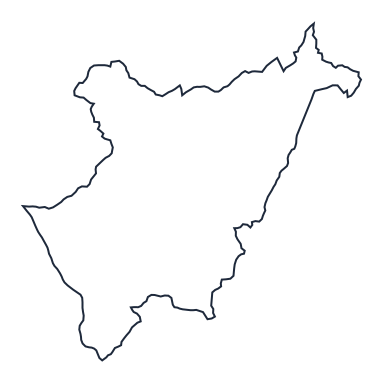 the district of Jaú, São Paulo, Brazil
{"feature_id": "56859067B42546306526915", "entity_name": "Jaú", "entity_type": "district", "adm_level": 2, "iso_a3": "BRA", "parent_name": "Brazil", "parent_adm1": "São Paulo", "projection": "orthographic", "projection_center": [-48.547, -22.301], "detail": "fine", "context": "isolated", "style": "outline", "palette": "slate", "viewbox_px": 384, "rotation_deg": 0, "n_neighbors": 0, "source": "geoboundaries", "source_scale": "gbopen_adm2", "svg_char_len": 3875}
<svg xmlns="http://www.w3.org/2000/svg" viewBox="0 0 384 384"><path d="M74.2,91.0L74.6,95.3L79.9,97.3L83.6,97.6L86.6,100.2L90.4,103.1L93.8,103.7L91.8,106.6L90.7,109.1L91.2,111.7L92.3,114.5L93.9,117.7L94.2,121.8L99.0,122.2L99.6,125.4L97.9,129.0L100.3,130.8L103.4,133.6L102.0,136.5L104.6,138.6L107.1,139.4L110.3,140.3L111.5,144.1L112.8,147.4L112.2,150.4L111.7,153.3L109.2,155.9L105.6,157.8L103.0,160.1L96.1,166.7L95.6,169.3L96.0,173.4L91.1,179.5L89.6,184.1L87.0,186.7L81.9,186.4L78.1,188.3L75.7,191.9L71.5,195.8L67.3,196.9L63.6,199.4L61.2,202.0L57.1,204.8L53.0,207.4L48.8,208.7L44.8,207.0L39.2,207.7L36.0,206.7L32.7,206.4L29.0,206.6L23.0,206.1L26.7,210.8L29.9,214.6L31.7,217.2L33.7,221.9L35.3,225.7L37.1,229.7L38.3,232.1L40.2,235.0L41.9,237.4L43.7,240.7L46.0,244.8L47.5,247.7L48.3,250.5L49.0,253.7L51.3,258.2L52.9,263.2L54.5,266.0L57.2,268.9L60.0,273.3L61.7,276.6L62.8,279.5L64.5,282.4L67.6,285.4L73.2,289.7L80.5,294.7L82.2,297.8L82.5,302.2L82.5,307.9L83.0,311.7L83.7,315.6L83.3,320.4L81.3,323.1L79.7,325.8L79.3,329.6L80.5,333.9L81.0,336.9L81.2,339.9L82.6,343.5L85.5,346.4L89.0,347.3L91.7,347.6L94.2,348.6L96.3,350.4L98.0,354.6L99.4,358.0L102.2,360.4L106.3,357.4L108.0,355.3L110.8,354.2L112.3,352.2L114.9,348.0L118.3,346.6L121.1,345.2L121.5,341.9L124.2,338.2L126.5,335.3L129.5,331.9L132.0,327.4L137.4,322.7L140.7,321.4L139.8,316.8L137.0,313.6L133.7,312.0L132.2,309.9L130.9,307.4L134.4,307.1L138.2,307.2L141.2,305.9L143.6,302.9L146.4,301.2L147.9,297.0L151.4,294.9L154.7,295.0L160.7,296.5L164.7,295.5L168.4,295.7L171.4,297.9L172.8,304.7L174.4,307.2L177.4,307.6L179.7,308.6L182.6,309.3L187.8,309.9L190.6,310.2L193.2,310.2L196.3,309.9L203.0,312.1L207.5,319.2L211.7,318.5L214.9,316.6L213.1,313.0L213.3,309.0L211.2,305.7L212.3,292.4L215.2,289.9L218.1,288.6L221.1,286.4L220.8,283.5L221.8,279.6L226.1,279.3L230.4,278.7L233.5,275.8L233.9,271.3L234.2,268.1L234.7,264.4L236.2,259.7L238.6,256.2L241.2,254.3L244.0,253.7L244.7,250.7L241.5,248.3L240.7,243.9L237.5,239.3L235.8,235.8L235.9,231.7L234.3,228.2L237.4,228.1L240.4,227.2L243.0,224.2L247.4,224.8L250.4,227.5L252.3,224.9L251.9,222.1L255.4,221.1L259.2,221.6L261.9,219.0L262.9,215.8L264.0,213.2L265.3,210.5L264.5,207.1L265.4,203.2L266.6,200.3L267.8,196.9L269.8,193.6L271.8,190.3L273.6,186.8L275.3,184.3L276.7,180.5L279.3,176.8L279.8,173.0L281.5,170.7L283.7,168.9L287.0,166.0L288.1,163.0L287.7,158.2L288.6,154.9L290.1,152.7L291.8,149.8L294.3,148.8L295.3,146.4L296.2,143.1L296.4,138.4L296.9,135.4L311.5,99.4L313.4,94.0L314.8,90.9L321.8,89.2L326.7,88.1L332.7,85.3L337.6,85.4L340.8,89.4L343.8,93.0L347.0,90.6L347.7,97.1L351.2,95.7L353.8,92.6L355.9,89.0L358.8,85.7L359.5,82.7L361.0,79.6L358.4,76.2L358.7,72.3L356.1,71.6L353.1,70.8L350.1,69.2L347.6,67.3L344.6,66.9L342.3,65.3L338.0,65.7L335.8,67.8L333.1,66.1L331.2,63.0L328.7,62.5L326.1,61.7L322.2,59.7L322.4,56.7L321.7,53.5L318.0,52.8L318.7,49.9L316.0,47.9L316.3,43.7L316.3,39.7L312.8,35.2L314.0,31.8L313.2,28.1L313.8,23.6L310.4,26.4L307.5,29.6L305.6,31.6L305.2,36.1L304.4,38.8L303.5,42.0L301.3,45.4L299.2,47.5L297.9,51.5L294.0,52.5L294.9,55.3L296.3,57.6L295.6,61.4L293.2,63.4L290.1,65.4L285.8,67.9L283.6,71.2L277.1,57.9L271.4,62.0L266.7,65.8L264.5,68.7L262.1,71.9L254.6,71.3L252.0,71.5L248.6,72.9L245.1,71.1L241.8,73.0L238.6,76.4L234.5,79.2L231.8,81.8L229.5,84.5L227.5,86.2L223.6,87.4L220.8,90.1L218.4,91.6L214.7,91.6L211.0,89.5L208.2,87.6L204.3,86.3L200.0,86.9L197.0,86.8L193.7,87.4L190.9,89.4L185.9,92.3L182.2,95.3L181.3,88.9L179.8,85.4L174.9,89.1L172.0,90.8L168.6,92.2L165.4,94.3L162.3,96.2L159.6,95.3L155.7,94.5L154.1,91.8L150.9,90.1L147.6,88.2L144.8,85.9L141.3,85.9L138.5,84.2L137.0,81.5L134.5,79.2L129.5,77.6L128.3,73.1L126.4,70.3L125.8,67.0L123.1,63.7L119.2,60.8L115.0,61.5L111.4,61.9L110.3,66.6L107.4,65.6L104.6,65.2L101.5,65.2L98.4,65.2L94.0,65.5L90.3,68.0L88.4,71.8L87.5,76.4L86.2,78.9L82.7,83.0L79.3,82.8L75.5,88.3L74.2,91.0Z" fill="none" stroke="#1e293b" stroke-width="2"/></svg>